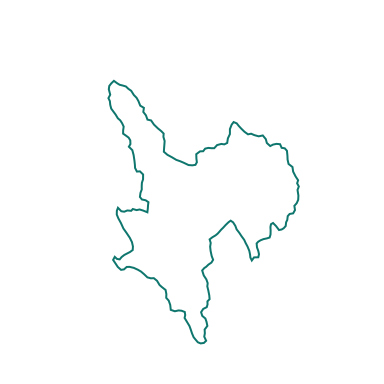 the district of Perdões, Minas Gerais, Brazil, rotated 329°
{"feature_id": "56859067B51659935012852", "entity_name": "Perdões", "entity_type": "district", "adm_level": 2, "iso_a3": "BRA", "parent_name": "Brazil", "parent_adm1": "Minas Gerais", "projection": "equal_earth", "projection_center": [-45.073, -21.063], "detail": "fine", "context": "isolated", "style": "outline", "palette": "teal", "viewbox_px": 384, "rotation_deg": 329, "n_neighbors": 0, "source": "geoboundaries", "source_scale": "gbopen_adm2", "svg_char_len": 3346}
<svg xmlns="http://www.w3.org/2000/svg" viewBox="0 0 384 384"><g transform="rotate(329 192 192)"><path d="M263.7,153.5L260.7,154.7L256.9,157.6L254.3,161.9L250.4,164.5L247.4,168.1L244.2,167.8L241.9,165.9L237.7,164.7L233.6,165.9L231.0,164.3L228.7,162.6L225.6,161.6L222.6,162.8L219.8,161.3L215.1,161.8L212.9,165.8L211.5,169.0L208.9,170.5L206.0,169.3L202.9,167.1L200.0,162.7L197.6,159.4L195.1,156.4L192.7,151.9L190.1,147.5L188.6,143.0L190.7,140.0L192.7,137.2L194.8,134.2L195.9,130.0L197.8,127.3L197.0,124.0L195.5,119.8L194.1,114.6L193.8,109.6L191.1,107.0L192.0,102.6L191.5,98.3L194.1,95.1L192.1,91.3L192.9,86.5L193.0,82.7L192.1,78.9L192.0,73.9L190.6,70.8L189.7,67.5L187.5,65.1L185.2,62.8L183.8,60.1L182.3,56.5L178.8,57.3L175.7,58.5L173.6,61.1L172.0,66.5L168.7,68.5L168.4,71.8L166.8,75.2L165.7,78.9L166.0,82.2L166.4,86.3L166.4,90.6L167.4,93.7L167.5,97.0L167.1,100.8L164.8,103.6L163.0,106.5L164.4,109.6L165.7,112.8L165.7,115.9L163.9,119.2L161.2,120.7L162.4,125.4L161.0,130.2L158.8,135.5L157.1,139.2L155.6,142.0L155.3,146.1L158.0,147.5L159.1,151.8L156.6,155.9L153.8,158.3L151.9,161.1L150.2,164.0L147.4,166.2L144.8,169.4L145.2,172.6L148.0,175.2L149.4,178.3L147.5,180.7L145.7,183.3L143.3,186.4L140.6,182.8L138.1,180.0L135.2,179.0L132.5,176.1L130.2,176.8L127.0,174.5L123.8,174.0L121.5,172.1L120.4,167.4L117.9,169.4L115.9,172.6L115.3,176.6L115.1,181.9L114.4,188.0L114.8,193.1L115.1,199.2L114.7,204.1L113.3,208.3L111.3,211.2L108.0,211.5L104.8,211.3L101.5,211.1L98.2,211.5L95.3,212.5L93.2,210.7L92.4,207.8L89.4,209.6L89.6,213.4L89.8,218.1L91.1,222.2L93.8,223.3L97.5,222.6L100.0,224.1L103.0,227.0L105.6,230.8L107.3,233.9L108.6,237.8L109.8,242.2L112.3,244.8L114.9,246.2L116.3,250.1L116.3,255.0L117.2,257.9L118.9,262.4L117.4,266.4L115.4,269.4L116.1,273.1L115.2,277.5L113.1,282.1L115.9,285.4L119.5,286.6L121.9,288.4L124.0,291.1L122.8,294.0L120.8,296.1L120.8,299.6L120.8,305.6L120.1,309.2L119.2,313.2L118.6,317.4L119.1,320.7L119.6,323.8L121.4,326.2L124.4,327.5L127.5,326.8L128.0,322.3L130.2,319.8L132.0,316.4L136.2,314.7L137.6,310.7L138.3,307.3L137.0,303.5L137.9,299.7L141.4,298.0L145.3,298.3L147.4,296.4L148.9,293.7L151.9,292.9L153.6,289.4L155.3,284.7L156.5,280.8L158.5,278.2L159.3,274.3L159.1,269.6L160.3,264.5L163.4,263.5L165.7,263.4L168.7,262.7L172.3,262.5L175.2,261.0L175.9,257.0L177.6,252.1L179.4,248.2L181.8,245.3L182.7,241.7L186.1,241.3L190.0,241.3L192.6,240.9L195.2,240.1L197.6,239.3L200.2,238.7L203.9,237.6L207.8,236.7L210.4,236.5L211.6,239.2L211.7,243.4L211.0,247.0L211.5,251.1L211.7,255.5L212.1,259.9L211.7,263.5L211.5,267.4L210.8,272.0L209.6,275.4L208.3,278.2L208.0,281.5L211.5,280.0L215.2,282.1L217.4,279.8L218.5,276.5L219.2,272.9L220.9,269.4L223.2,268.7L225.9,268.7L229.0,269.2L232.2,270.3L235.1,271.0L237.4,268.9L239.5,265.6L241.2,262.4L243.1,260.3L245.5,260.3L246.5,264.5L247.0,269.4L249.5,270.3L251.9,270.3L254.8,269.4L257.1,266.4L259.3,265.0L261.6,262.0L264.4,261.1L267.7,262.4L271.0,260.5L272.6,256.6L276.0,255.5L279.0,253.4L281.4,249.8L283.5,244.6L286.4,242.3L286.6,238.7L289.0,236.6L288.8,232.0L289.2,226.6L291.0,222.3L289.2,217.7L290.6,213.5L292.4,210.2L294.6,205.6L294.0,202.3L291.6,200.3L292.1,196.4L289.3,194.3L285.9,193.1L282.7,192.9L281.4,188.5L282.5,184.7L281.8,180.0L277.8,178.6L274.7,175.3L272.7,172.5L269.7,171.4L268.0,167.4L266.8,162.8L266.1,159.4L265.7,156.2L263.7,153.5Z" fill="none" stroke="#0f766e" stroke-width="2"/></g></svg>